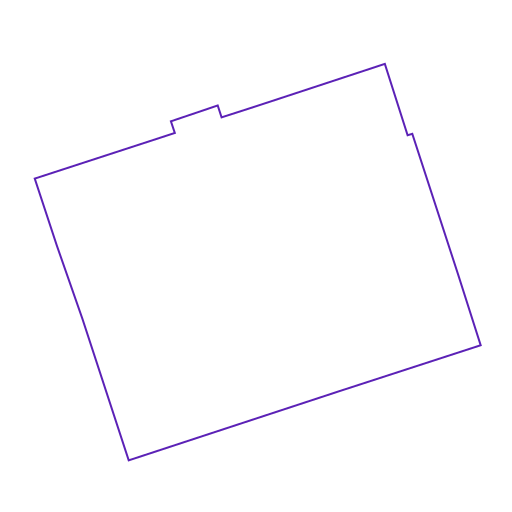 Rice, Kansas, United States of America (orthographic projection), rotated 162°
{"feature_id": "52423323B49565855345372", "entity_name": "Rice", "entity_type": "district", "adm_level": 2, "iso_a3": "USA", "parent_name": "United States of America", "parent_adm1": "Kansas", "projection": "orthographic", "projection_center": [-98.203, 38.341], "detail": "fine", "context": "isolated", "style": "outline", "palette": "violet", "viewbox_px": 512, "rotation_deg": 162, "n_neighbors": 0, "source": "geoboundaries", "source_scale": "gbopen_adm2", "svg_char_len": 353}
<svg xmlns="http://www.w3.org/2000/svg" viewBox="0 0 512 512"><g transform="rotate(162 256 256)"><path d="M440.2,101.0L218.6,101.7L69.9,101.7L69.5,175.9L69.6,323.9L74.5,324.0L74.1,398.9L209.3,398.4L245.9,398.5L245.9,411.0L295.3,410.4L295.2,398.1L442.5,398.0L442.2,327.4L440.5,249.8L440.2,101.0Z" fill="none" stroke="#5b21b6" stroke-width="2"/></g></svg>